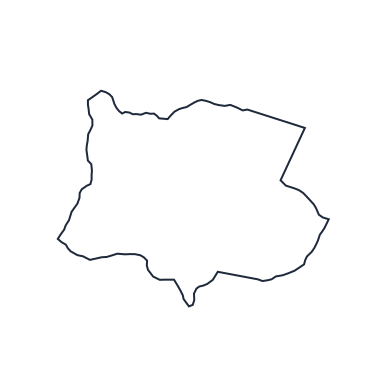 outline of Guariba, São Paulo, Brazil, rotated 207°
{"feature_id": "56859067B39264399371297", "entity_name": "Guariba", "entity_type": "district", "adm_level": 2, "iso_a3": "BRA", "parent_name": "Brazil", "parent_adm1": "São Paulo", "projection": "albers", "projection_center": [-48.212, -21.397], "detail": "fine", "context": "isolated", "style": "outline", "palette": "slate", "viewbox_px": 384, "rotation_deg": 207, "n_neighbors": 0, "source": "geoboundaries", "source_scale": "gbopen_adm2", "svg_char_len": 1797}
<svg xmlns="http://www.w3.org/2000/svg" viewBox="0 0 384 384"><g transform="rotate(207 192 192)"><path d="M180.1,290.6L183.9,287.7L189.9,287.7L197.4,287.0L201.9,283.6L207.9,281.5L212.4,280.5L216.5,280.3L221.2,279.5L225.3,278.3L228.2,275.9L230.5,272.9L232.9,269.2L235.4,265.2L238.6,262.5L241.3,259.8L244.1,255.6L245.8,250.1L246.8,245.9L250.3,244.5L254.7,242.7L258.0,244.0L261.4,244.6L264.6,242.8L268.9,241.7L272.6,237.7L276.9,236.2L280.1,234.4L283.7,234.4L287.8,233.0L289.9,230.2L293.8,231.0L297.4,232.6L301.1,235.2L306.2,240.3L310.1,241.6L314.2,241.8L319.0,240.9L321.2,236.3L323.3,232.3L326.4,226.5L324.2,222.3L322.0,219.3L319.0,214.7L313.6,211.2L310.9,206.0L310.7,201.7L310.7,196.3L308.1,189.9L307.0,186.1L305.3,181.8L299.0,172.7L294.4,171.1L290.9,165.7L289.1,161.4L287.1,157.6L286.1,152.9L288.6,149.8L291.5,144.3L291.6,140.1L289.6,135.7L288.8,129.6L289.6,124.5L290.3,119.7L288.8,111.1L289.4,104.8L288.8,100.4L289.6,95.8L290.3,89.3L285.6,88.1L280.5,87.8L277.0,85.5L273.4,84.1L265.5,83.7L260.0,85.2L252.1,85.2L246.9,89.5L242.8,92.9L238.5,95.4L234.6,99.1L230.6,103.1L223.5,106.0L219.1,108.5L214.7,110.7L209.2,112.2L205.1,111.9L200.8,110.4L198.9,106.0L195.9,102.7L188.2,99.0L180.9,99.1L175.6,102.0L168.2,105.7L162.5,102.2L157.8,99.1L153.3,95.8L151.0,92.9L147.2,90.9L142.8,88.7L140.1,91.8L140.9,96.7L144.1,102.4L144.2,107.9L142.6,111.1L139.4,113.8L136.6,117.1L133.6,123.1L132.8,132.6L93.6,144.1L88.7,144.7L84.4,147.8L81.4,150.4L79.0,154.8L73.5,158.9L69.5,163.1L64.9,168.4L62.1,173.3L59.3,178.4L60.2,182.7L60.3,186.8L58.2,192.9L57.6,197.7L57.6,202.2L57.8,206.2L58.7,211.9L58.0,216.3L57.6,220.1L57.8,229.8L63.9,228.7L68.7,229.4L74.0,233.8L77.7,236.2L85.4,239.1L92.4,241.6L97.8,242.2L102.8,241.7L111.2,240.3L118.4,242.6L120.5,300.3L180.1,290.6Z" fill="none" stroke="#1e293b" stroke-width="2"/></g></svg>